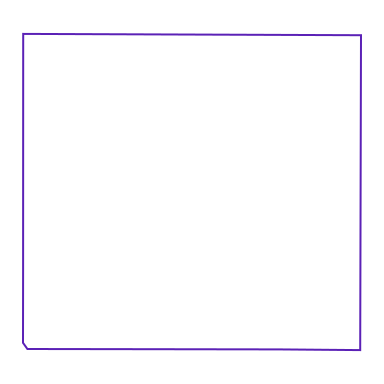 outline of Sanborn, South Dakota, United States of America
{"feature_id": "52423323B21665292033302", "entity_name": "Sanborn", "entity_type": "district", "adm_level": 2, "iso_a3": "USA", "parent_name": "United States of America", "parent_adm1": "South Dakota", "projection": "equal_earth", "projection_center": [-98.09, 44.023], "detail": "fine", "context": "isolated", "style": "outline", "palette": "violet", "viewbox_px": 384, "rotation_deg": 0, "n_neighbors": 0, "source": "geoboundaries", "source_scale": "gbopen_adm2", "svg_char_len": 228}
<svg xmlns="http://www.w3.org/2000/svg" viewBox="0 0 384 384"><path d="M278.7,349.4L360.2,350.1L361.0,35.2L358.0,35.2L23.2,33.9L23.1,269.9L23.0,342.8L27.4,349.0L278.7,349.4Z" fill="none" stroke="#5b21b6" stroke-width="2"/></svg>